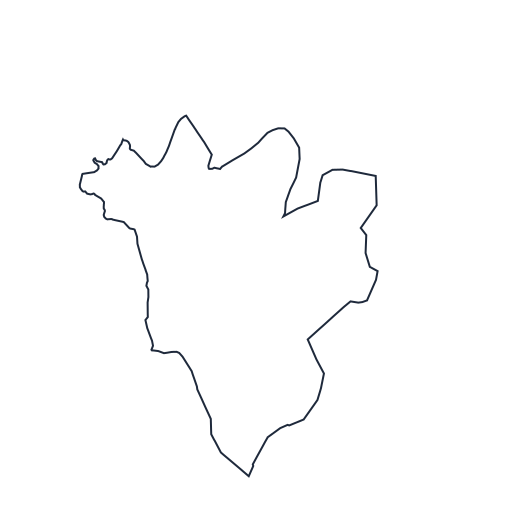 Ash Shamayatayn, Ta`izz, Yemen (Equal Earth projection), rotated 234°
{"feature_id": "15242507B595080071721", "entity_name": "Ash Shamayatayn", "entity_type": "district", "adm_level": 2, "iso_a3": "YEM", "parent_name": "Yemen", "parent_adm1": "Ta`izz", "projection": "equal_earth", "projection_center": [44.059, 13.173], "detail": "fine", "context": "isolated", "style": "outline", "palette": "slate", "viewbox_px": 512, "rotation_deg": 234, "n_neighbors": 0, "source": "geoboundaries", "source_scale": "gbopen_adm2", "svg_char_len": 4403}
<svg xmlns="http://www.w3.org/2000/svg" viewBox="0 0 512 512"><g transform="rotate(234 256 256)"><path d="M258.6,124.8L253.9,123.5L253.2,123.3L251.4,122.8L248.6,122.1L243.9,119.9L243.2,118.8L241.6,116.3L240.8,116.3L239.7,117.7L236.5,121.1L231.5,124.4L230.0,127.2L228.1,131.1L227.0,132.8L225.1,135.5L223.2,136.6L222.7,136.9L217.7,137.4L210.0,136.9L203.7,136.5L202.6,136.4L200.7,136.3L199.8,136.0L197.4,135.2L193.7,134.1L185.2,131.5L182.6,130.1L180.1,129.6L171.6,127.9L170.2,127.6L164.0,126.3L150.8,123.7L138.1,115.0L132.0,114.1L130.6,114.0L117.7,112.1L114.2,112.9L100.8,116.2L98.8,116.7L97.2,117.1L82.1,120.7L87.0,129.1L87.8,130.4L89.3,130.9L93.4,139.5L98.1,149.5L100.2,153.9L102.4,158.8L102.5,158.9L102.5,174.5L100.8,182.3L99.4,183.3L95.7,198.5L95.8,198.7L102.4,218.2L103.4,221.1L108.8,228.2L110.9,230.9L121.0,241.9L136.8,244.1L158.1,248.8L159.5,262.1L159.8,264.9L160.1,268.3L161.7,283.0L163.0,295.5L163.2,297.7L163.7,305.8L158.1,311.4L156.2,315.0L154.8,319.8L155.0,320.0L166.2,339.1L172.3,345.5L180.3,341.7L194.0,346.4L208.1,357.5L217.1,357.2L226.1,383.4L250.4,399.9L267.3,384.3L268.7,383.0L269.3,382.3L273.5,378.3L275.0,376.9L280.8,368.5L281.2,365.1L282.2,357.4L278.6,352.6L277.6,351.2L264.2,338.4L266.9,328.4L267.5,326.3L267.8,325.3L269.9,317.6L271.0,308.7L271.9,301.4L273.5,304.5L273.9,304.9L274.6,305.5L276.8,307.3L278.9,309.1L280.2,310.2L282.1,311.8L284.9,315.9L286.3,317.9L287.1,319.1L289.7,322.9L289.8,323.0L292.9,329.0L295.9,334.6L296.1,334.8L308.8,348.3L318.3,354.6L328.9,355.7L329.1,355.7L337.5,355.4L342.4,354.1L346.2,349.1L346.7,347.6L347.9,343.8L348.0,343.6L348.9,337.7L347.7,331.0L347.4,329.4L346.3,324.4L346.1,320.5L345.8,315.4L345.8,314.7L345.8,306.8L346.9,296.5L347.2,293.7L347.3,292.7L347.4,291.2L348.2,281.4L348.3,281.2L347.8,279.1L347.5,278.1L349.1,276.7L349.8,276.0L351.0,275.0L351.8,274.3L351.9,274.2L352.2,272.3L352.3,271.8L354.0,269.3L355.0,269.4L357.0,270.5L360.2,274.7L362.7,278.1L362.8,278.2L364.0,279.8L365.5,279.9L369.5,280.2L373.1,280.5L378.7,281.0L379.7,281.0L381.3,281.0L381.5,281.0L382.7,281.1L390.4,281.3L394.4,281.5L395.4,281.5L397.2,281.6L406.2,281.8L407.7,281.9L410.3,282.0L410.6,282.0L411.0,280.3L411.0,280.2L411.0,279.6L411.0,278.5L411.0,276.8L411.0,276.6L411.0,276.4L411.0,275.9L410.0,271.9L407.0,266.3L406.2,265.2L406.2,264.8L404.5,262.3L401.2,257.5L398.3,253.2L397.7,252.4L396.1,250.1L394.2,246.9L393.2,245.3L393.0,245.0L391.6,242.2L391.1,241.0L390.5,239.9L389.8,238.5L388.5,235.0L387.5,230.4L387.6,229.6L387.8,227.7L387.9,226.6L389.8,224.0L390.3,223.3L390.3,223.2L390.6,223.1L391.3,222.8L395.3,221.0L399.0,221.0L400.2,220.8L403.2,220.4L407.4,219.9L409.9,219.6L410.5,219.5L411.5,219.3L413.0,219.1L413.5,218.7L414.3,218.1L414.7,217.8L415.6,217.1L415.8,217.1L416.4,217.0L416.5,217.0L416.9,217.0L417.4,217.3L417.9,217.8L418.7,218.5L418.8,218.6L419.5,219.0L420.1,219.3L422.0,219.6L422.7,219.7L423.4,219.7L425.2,219.1L426.3,218.2L427.0,217.4L427.7,216.7L428.4,216.8L428.0,216.1L427.0,214.6L425.6,212.6L425.4,211.3L424.8,210.0L423.3,206.6L422.5,204.7L420.9,200.4L420.4,199.1L419.6,197.0L419.6,195.1L420.3,194.1L421.2,193.5L421.1,192.7L420.9,191.9L420.3,191.0L419.1,189.8L419.0,187.7L419.7,186.4L421.0,186.3L421.3,186.4L421.7,186.6L422.5,186.6L423.3,185.8L426.2,183.1L427.8,182.8L428.6,183.0L429.2,183.1L429.6,183.2L429.9,182.5L429.5,181.1L429.0,180.6L426.3,180.3L423.9,181.3L421.3,181.5L420.2,180.6L419.3,180.0L418.7,177.6L418.9,175.4L418.9,174.5L419.0,174.3L421.0,170.5L424.4,163.9L423.8,162.9L422.8,161.9L417.3,155.4L416.2,154.7L415.1,153.9L414.0,153.8L413.3,153.7L410.4,153.8L409.5,154.3L408.6,155.8L405.7,156.0L403.2,158.2L402.4,159.8L402.1,161.2L401.8,161.5L400.9,161.8L400.1,161.7L398.9,162.2L398.6,162.3L393.6,164.5L392.2,164.6L389.5,164.7L389.3,164.8L389.2,164.8L388.1,164.1L386.8,162.9L386.6,162.8L385.3,161.7L383.8,160.7L382.4,160.7L381.2,160.2L379.8,158.3L378.7,156.9L378.1,156.7L376.9,156.2L375.4,156.4L374.7,156.4L373.0,157.3L372.7,157.9L371.4,160.0L370.6,161.1L370.2,161.2L369.8,161.4L367.7,163.2L363.0,167.4L362.7,167.7L361.6,168.6L361.1,169.0L360.0,169.1L353.2,169.9L352.4,170.2L352.0,170.5L349.6,172.8L348.7,173.3L341.6,171.1L335.6,167.3L321.3,162.0L320.2,161.6L318.7,161.2L316.3,160.4L309.6,158.5L309.5,158.4L305.7,157.3L305.0,157.1L302.1,155.3L299.4,153.7L298.5,152.1L296.3,149.8L292.2,149.2L286.0,144.8L282.1,141.0L272.4,134.1L270.2,132.6L269.2,128.9L261.5,125.6L258.9,124.9L258.6,124.8Z" fill="none" stroke="#1e293b" stroke-width="2"/></g></svg>